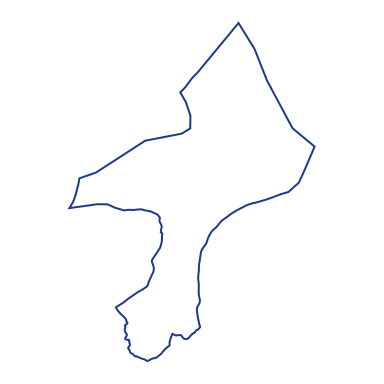 Markhah As Sufla, Shabwah, Yemen
{"feature_id": "15242507B42108001153056", "entity_name": "Markhah As Sufla", "entity_type": "district", "adm_level": 2, "iso_a3": "YEM", "parent_name": "Yemen", "parent_adm1": "Shabwah", "projection": "robinson", "projection_center": [46.113, 14.696], "detail": "fine", "context": "isolated", "style": "outline", "palette": "blue", "viewbox_px": 384, "rotation_deg": 0, "n_neighbors": 0, "source": "geoboundaries", "source_scale": "gbopen_adm2", "svg_char_len": 4091}
<svg xmlns="http://www.w3.org/2000/svg" viewBox="0 0 384 384"><path d="M200.2,326.9L200.0,326.4L199.1,323.9L198.7,321.1L198.0,318.4L197.6,315.6L197.2,312.9L196.8,310.1L197.1,307.4L198.4,305.1L199.7,302.7L199.9,300.1L199.3,297.3L198.8,294.6L198.7,291.8L198.7,288.9L198.8,286.1L198.7,283.3L198.4,280.5L198.1,277.7L198.4,274.8L198.7,272.1L198.9,269.2L198.9,266.4L199.2,263.6L199.7,260.7L200.1,257.9L200.5,255.2L200.9,252.4L201.8,249.8L203.2,247.6L204.9,245.5L206.3,243.3L207.2,240.8L208.0,238.1L209.2,235.7L210.5,233.4L212.0,231.1L213.9,229.3L216.1,227.4L217.9,225.4L219.7,223.0L221.6,220.9L223.6,219.3L225.7,217.9L227.7,216.4L229.8,214.8L232.1,213.2L234.5,211.7L236.6,210.5L238.8,209.3L241.1,208.1L243.3,207.0L245.7,205.7L248.2,204.6L250.6,203.9L253.2,203.1L255.6,202.7L258.2,201.9L260.8,201.2L263.2,200.5L265.5,199.8L268.0,199.0L270.5,198.1L273.1,197.2L275.7,196.1L278.2,195.2L280.6,194.3L283.0,193.6L285.5,192.8L288.2,192.1L288.4,192.0L298.8,182.7L304.4,170.5L314.6,146.6L298.0,132.8L293.7,129.2L292.5,128.2L267.0,80.5L254.6,49.1L238.5,23.0L229.2,34.3L197.1,73.1L195.2,74.9L193.4,76.8L191.6,78.7L190.0,80.9L188.4,83.1L186.8,85.2L185.2,87.3L183.4,89.3L181.4,91.2L180.3,92.4L185.8,102.0L190.4,115.6L190.2,128.4L181.6,133.7L172.6,135.4L145.2,140.7L95.9,172.6L79.4,178.3L79.3,178.6L78.9,181.2L78.4,184.1L78.3,184.5L77.7,186.8L77.0,189.5L76.3,192.3L75.6,195.0L74.7,197.7L73.7,200.4L72.6,202.8L71.1,205.2L69.7,207.6L69.4,208.1L97.5,204.2L107.8,204.4L115.1,207.8L124.3,210.4L127.2,209.9L130.0,209.9L131.5,209.9L132.7,210.0L135.0,209.8L136.4,209.7L137.7,209.5L139.2,209.4L140.4,209.3L141.6,209.3L142.9,209.7L144.1,210.2L145.3,210.4L146.3,210.5L146.6,210.6L147.7,210.8L148.9,211.1L150.1,211.3L151.4,211.7L152.3,212.1L152.5,212.2L153.6,212.8L154.7,213.3L155.8,213.7L156.9,214.2L157.8,215.0L158.6,216.0L159.4,216.9L159.9,218.2L159.6,219.5L159.4,220.8L159.9,222.3L160.5,223.3L161.1,224.6L161.7,225.9L161.7,227.3L161.3,228.5L160.8,232.3L161.1,232.6L161.6,232.8L162.3,233.5L162.3,233.8L162.1,235.1L162.0,236.5L161.9,238.0L161.9,239.3L161.9,240.7L161.7,242.1L161.3,243.4L161.0,244.7L160.5,246.3L160.2,247.6L155.9,254.2L152.2,259.6L151.8,261.5L153.3,265.7L153.8,267.8L153.8,269.4L153.6,270.7L153.4,271.8L152.8,273.1L152.2,274.2L151.6,275.4L151.1,276.7L150.5,277.9L149.9,279.4L149.3,280.5L148.8,281.8L148.4,283.0L148.0,284.3L147.6,285.6L146.5,286.8L142.7,289.4L137.7,292.2L128.7,298.4L123.4,302.6L115.9,307.3L117.2,309.8L117.9,310.6L118.6,311.5L119.3,312.4L120.1,313.3L121.0,314.2L121.9,315.0L122.7,315.8L123.6,316.6L124.5,317.5L125.2,318.4L125.8,319.2L126.3,320.2L126.3,320.8L126.4,321.4L127.1,322.3L127.4,322.8L127.0,323.1L127.0,323.8L126.6,324.0L125.9,324.5L125.1,325.1L124.8,325.8L125.0,326.1L125.4,326.3L125.2,327.9L124.8,329.0L124.8,330.4L125.0,331.6L126.6,333.9L126.8,335.5L126.2,336.4L125.2,338.1L125.4,339.2L125.4,339.3L127.5,339.8L128.7,339.7L129.3,340.6L129.2,341.8L129.4,343.0L130.0,344.0L129.8,345.2L129.3,346.3L128.5,347.1L128.1,348.2L128.9,349.6L129.6,350.4L129.9,351.6L130.4,352.6L131.3,353.4L132.3,353.7L133.2,354.4L134.0,355.3L134.7,356.1L135.7,356.4L135.8,356.4L136.7,356.4L136.8,356.4L137.0,356.5L137.8,356.9L138.7,357.3L139.7,357.8L140.8,358.2L141.9,358.7L142.7,358.9L142.9,359.0L143.9,359.2L144.9,359.6L145.8,360.1L147.3,361.0L147.9,360.8L148.9,360.4L149.8,359.9L150.7,359.4L151.7,359.0L152.7,358.5L153.8,358.1L154.8,358.3L155.8,357.9L156.7,357.3L157.6,356.6L158.4,356.0L159.3,355.3L160.1,354.6L161.0,353.9L161.8,353.1L162.4,352.2L163.2,351.3L163.9,350.4L164.7,349.6L165.6,348.8L166.5,347.9L167.3,347.2L168.2,346.5L169.2,345.9L169.7,344.7L169.6,343.6L169.6,342.4L169.8,341.3L170.1,340.2L170.3,339.1L170.8,337.9L171.2,336.9L171.6,335.9L171.9,334.7L172.7,333.8L173.7,334.5L174.6,335.1L175.6,335.4L176.7,335.4L177.8,335.2L178.9,335.1L179.9,335.1L181.0,335.2L181.7,336.0L182.3,337.0L183.1,337.8L183.8,338.6L184.8,339.0L185.8,338.8L186.9,339.0L187.9,338.7L188.7,337.8L189.5,337.0L190.2,336.1L191.1,335.2L192.0,334.3L193.0,333.5L194.0,333.0L194.9,332.3L195.6,331.3L196.2,330.4L197.2,329.9L198.2,329.5L198.8,328.6L199.6,327.7L200.2,326.9Z" fill="none" stroke="#1e3a8a" stroke-width="2"/></svg>